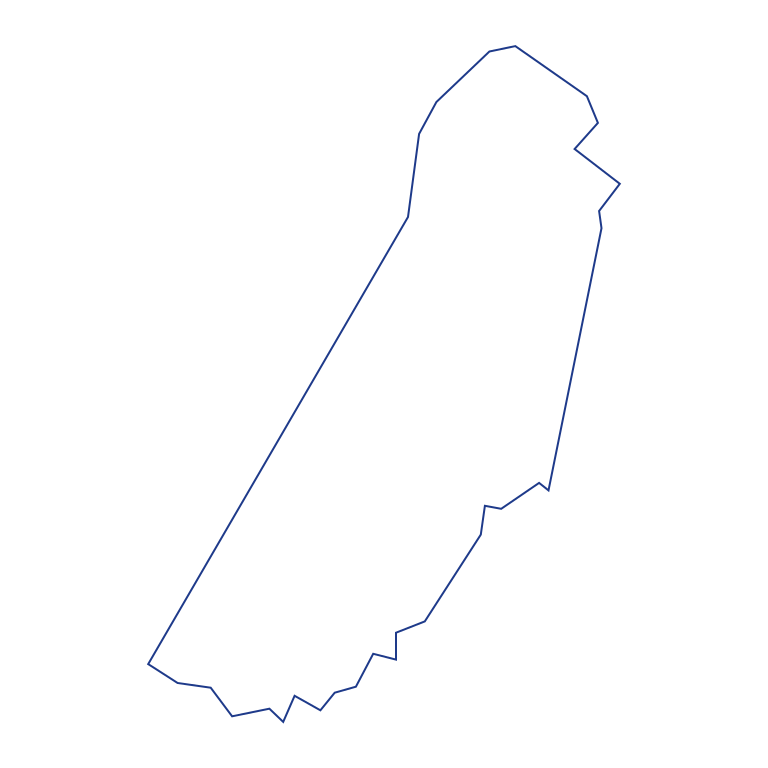 Cumberland, Virginia, United States of America (orthographic projection)
{"feature_id": "52423323B14304412427798", "entity_name": "Cumberland", "entity_type": "district", "adm_level": 2, "iso_a3": "USA", "parent_name": "United States of America", "parent_adm1": "Virginia", "projection": "orthographic", "projection_center": [-78.246, 37.525], "detail": "fine", "context": "isolated", "style": "outline", "palette": "blue", "viewbox_px": 768, "rotation_deg": 0, "n_neighbors": 0, "source": "geoboundaries", "source_scale": "gbopen_adm2", "svg_char_len": 496}
<svg xmlns="http://www.w3.org/2000/svg" viewBox="0 0 768 768"><path d="M148.2,664.1L177.6,683.0L210.7,687.7L232.1,716.3L269.4,708.7L283.2,721.9L294.6,695.8L320.4,710.3L334.7,692.7L355.9,686.7L373.2,653.8L396.0,659.6L396.0,632.7L424.8,621.4L480.8,534.6L484.9,505.8L501.2,508.8L539.1,482.9L548.5,490.4L601.5,228.2L599.1,211.0L619.8,183.8L574.6,149.0L597.9,122.9L586.9,96.2L515.3,46.1L489.4,51.5L436.4,102.0L419.1,133.9L408.0,217.0L148.2,664.1Z" fill="none" stroke="#1e3a8a" stroke-width="2"/></svg>